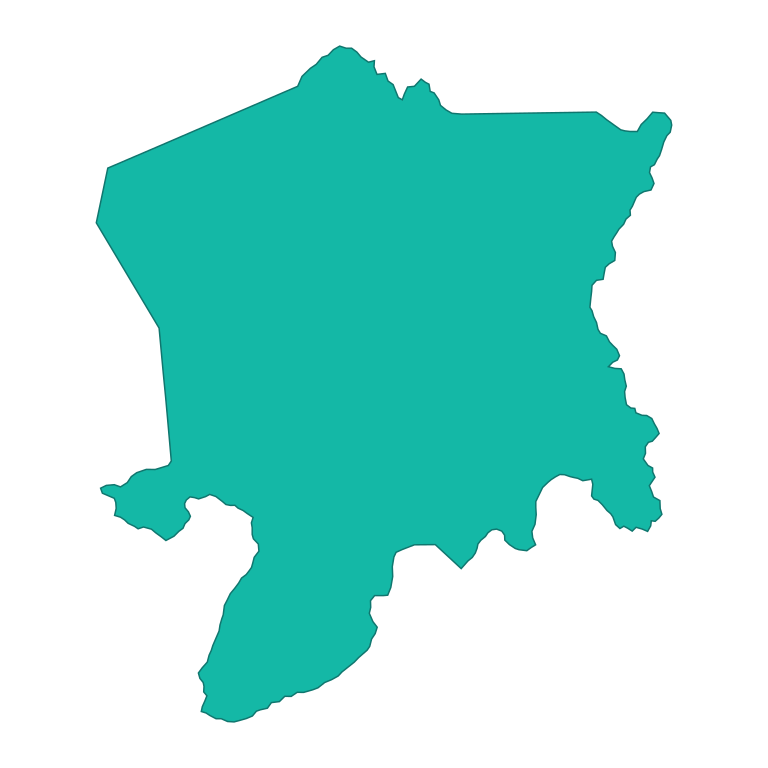 Palmeiras de Goiás, Goiás, Brazil (Mercator projection)
{"feature_id": "56859067B28073231696854", "entity_name": "Palmeiras de Goiás", "entity_type": "district", "adm_level": 2, "iso_a3": "BRA", "parent_name": "Brazil", "parent_adm1": "Goiás", "projection": "mercator", "projection_center": [-49.907, -16.837], "detail": "fine", "context": "isolated", "style": "filled", "palette": "teal", "viewbox_px": 768, "rotation_deg": 0, "n_neighbors": 0, "source": "geoboundaries", "source_scale": "gbopen_adm2", "svg_char_len": 4097}
<svg xmlns="http://www.w3.org/2000/svg" viewBox="0 0 768 768"><path d="M659.5,155.7L661.6,149.5L663.8,142.0L666.9,135.6L670.2,132.2L671.7,125.1L670.8,120.4L664.6,113.1L658.5,112.7L652.7,112.2L647.0,118.9L641.2,124.5L637.3,131.5L630.2,131.5L625.0,130.9L620.7,129.8L606.6,119.7L601.5,115.5L596.3,112.1L461.7,114.1L451.9,113.3L446.0,109.9L440.5,105.4L438.8,99.9L434.1,92.9L430.2,91.4L429.0,84.2L425.5,82.4L421.1,79.1L414.4,86.3L407.6,87.0L404.3,94.2L402.3,99.8L398.3,97.6L393.1,84.6L388.0,81.0L385.3,73.4L377.0,74.4L374.0,66.8L374.4,60.7L368.5,62.2L361.0,57.0L356.9,52.1L351.6,48.2L346.1,48.2L339.7,46.1L333.4,49.7L328.1,55.3L322.1,57.3L316.3,64.3L310.4,68.3L302.0,76.4L297.7,86.3L159.1,146.1L107.8,168.1L96.3,222.8L159.1,328.1L163.3,373.5L165.6,396.9L167.5,417.9L171.3,461.0L168.3,465.5L155.2,469.5L146.3,469.4L136.7,472.7L131.3,476.6L127.3,482.6L120.5,486.9L114.3,484.7L106.3,485.4L100.6,488.2L102.4,493.2L114.3,498.3L115.8,502.5L116.2,508.4L114.6,515.4L120.5,517.2L124.6,519.9L128.1,523.3L134.6,526.4L138.1,528.8L143.5,527.0L151.5,529.2L155.7,532.8L161.1,536.7L165.9,540.5L174.0,536.2L178.9,531.3L183.0,528.3L185.0,523.6L188.8,519.9L190.4,516.3L188.4,511.8L185.0,507.7L184.6,503.6L186.3,500.0L190.0,496.9L194.5,497.6L198.6,498.9L205.6,496.6L209.7,494.4L215.9,496.5L222.4,501.5L225.9,504.5L230.4,505.4L234.9,505.3L238.0,508.1L243.1,510.5L247.2,513.5L253.1,517.4L251.4,522.9L252.2,527.6L252.2,534.5L253.4,538.8L258.3,544.0L258.9,551.2L254.2,557.3L252.8,562.9L251.5,567.5L248.7,571.4L246.2,574.6L241.5,578.1L238.7,583.0L234.5,588.6L230.4,593.5L227.1,600.3L224.4,605.5L223.2,614.9L221.8,618.8L220.0,625.0L219.1,631.0L215.5,639.3L212.8,645.6L211.3,650.4L209.1,655.2L207.3,662.1L202.3,667.7L198.4,673.0L199.9,678.4L203.2,682.5L204.0,686.4L203.7,691.9L206.9,695.8L204.9,700.9L202.3,706.7L201.3,711.5L206.1,713.0L209.9,715.5L216.0,718.7L221.2,718.7L227.6,721.5L234.1,721.9L238.7,720.7L246.4,718.5L252.4,716.0L256.4,711.2L260.3,709.8L267.4,708.2L271.4,702.6L279.4,701.6L284.8,696.3L291.2,696.4L297.2,692.3L303.6,692.4L308.2,691.1L312.7,689.8L318.0,687.8L324.7,682.5L331.5,679.7L338.2,676.0L342.0,671.9L345.9,668.8L354.3,662.1L358.6,657.6L367.2,650.1L369.7,646.4L371.6,639.0L375.2,633.6L377.2,627.2L372.9,621.6L369.3,613.3L370.7,607.4L370.5,600.7L374.6,595.6L383.2,595.6L387.7,595.2L390.8,587.5L392.7,576.5L392.3,566.7L393.9,557.0L396.1,552.3L402.3,549.5L414.4,544.8L435.3,544.6L461.2,568.6L468.0,560.9L472.3,557.4L475.3,553.0L477.1,548.2L477.9,544.1L480.8,540.3L485.4,536.5L487.9,532.8L491.8,529.8L496.6,529.1L501.8,531.1L504.6,535.2L504.8,540.1L509.4,544.6L515.3,548.5L519.0,549.7L526.8,550.7L531.1,547.6L535.6,544.8L532.7,537.9L531.9,531.3L535.0,524.3L536.2,514.7L535.8,507.5L535.8,501.5L540.1,492.7L542.6,487.5L548.1,482.2L551.2,479.6L555.5,476.8L559.8,474.5L564.6,474.7L570.1,476.6L573.8,477.5L577.8,478.3L582.8,480.7L591.6,479.2L592.8,484.3L591.6,495.9L593.9,499.1L598.0,500.4L602.3,504.7L607.0,510.5L610.7,513.7L612.9,516.9L615.6,524.6L619.9,528.5L623.8,526.2L627.5,528.1L632.2,531.1L636.1,527.3L642.3,529.1L647.6,531.4L650.7,525.9L651.3,520.8L655.2,521.3L658.9,518.0L661.9,514.3L660.2,508.6L659.9,500.6L653.5,497.0L651.7,491.6L649.3,485.7L652.3,481.2L655.0,477.2L652.7,472.1L652.6,468.0L648.0,465.5L643.3,458.9L645.5,453.3L645.3,446.8L648.4,442.3L652.3,441.2L656.0,437.1L659.1,433.5L657.0,428.4L654.3,423.7L651.8,418.5L646.7,415.5L642.0,415.3L635.9,412.8L634.8,408.4L630.8,408.0L626.5,404.7L625.1,397.5L624.6,391.5L626.3,386.2L624.8,379.8L624.0,374.0L621.2,368.8L614.8,368.4L608.4,366.7L612.8,362.2L617.4,360.0L619.5,355.7L616.8,349.3L612.9,345.5L609.5,341.9L606.4,335.9L600.4,333.3L598.0,329.4L596.5,322.5L593.7,316.7L592.0,310.7L589.9,307.3L590.4,302.4L590.8,298.3L591.6,291.5L592.0,285.3L596.5,280.3L603.1,279.3L604.1,273.5L605.3,267.3L609.1,263.8L614.8,260.4L615.4,252.5L612.5,246.3L611.6,241.1L614.2,236.6L616.6,233.0L618.9,229.2L623.6,224.3L626.0,219.1L630.4,215.2L630.0,210.1L632.4,206.2L634.1,202.2L636.3,197.2L639.4,194.1L643.9,191.6L651.0,190.0L654.0,183.5L652.1,178.0L649.5,172.6L650.5,166.9L654.4,164.7L657.2,159.1L659.5,155.7Z" fill="#14b8a6" stroke="#0f766e" stroke-width="1.5"/></svg>